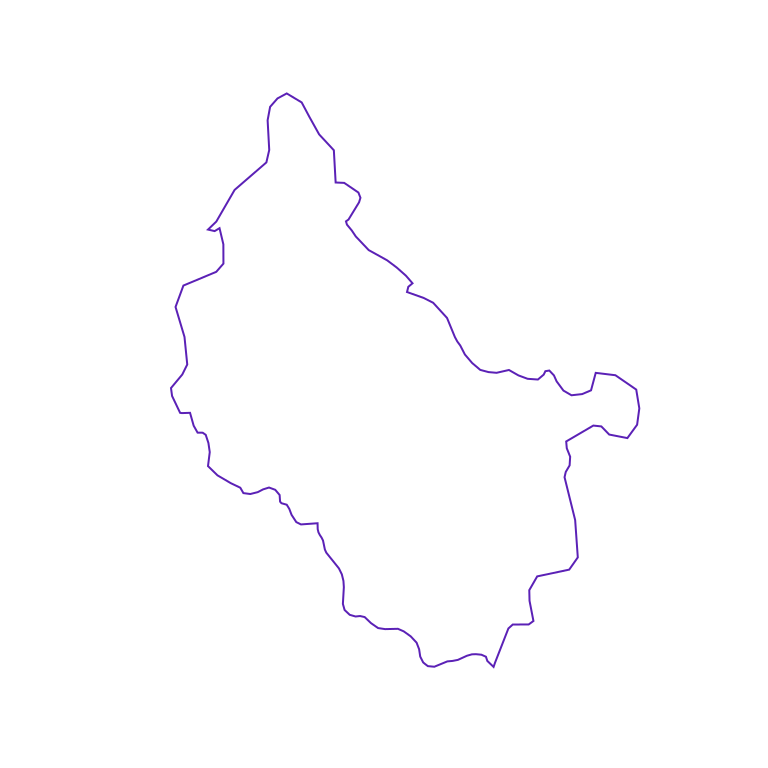 Lubusz, Mercator projection, rotated 319°
{"feature_id": "POL-3143", "entity_name": "Lubusz", "entity_type": "Voivodeship", "adm_level": 1, "iso_a3": "POL", "parent_name": "Poland", "parent_adm1": "", "projection": "mercator", "projection_center": [15.301, 52.253], "detail": "fine", "context": "isolated", "style": "outline", "palette": "violet", "viewbox_px": 768, "rotation_deg": 319, "n_neighbors": 0, "source": "natural_earth", "source_scale": "10m", "svg_char_len": 2097}
<svg xmlns="http://www.w3.org/2000/svg" viewBox="0 0 768 768"><g transform="rotate(319 384 384)"><path d="M281.1,669.4L280.3,660.8L282.0,656.7L279.9,652.2L276.1,648.2L273.0,645.7L268.3,643.5L258.8,640.7L254.1,638.0L249.8,634.9L236.5,630.4L232.0,625.7L231.3,622.2L230.9,619.8L232.5,613.5L236.5,607.2L238.9,600.6L238.6,592.0L236.6,583.6L233.9,577.9L224.0,569.7L219.4,564.3L217.3,555.9L216.5,547.2L213.7,543.4L210.0,540.8L206.7,535.7L206.0,528.7L208.7,523.0L220.4,511.0L224.2,506.0L227.3,500.0L229.0,493.6L229.8,473.4L230.8,470.1L235.3,462.1L236.1,459.0L236.5,455.9L237.2,453.0L238.7,450.1L242.5,445.5L229.2,435.5L227.2,430.7L228.4,422.1L230.6,416.1L231.4,411.3L228.4,406.7L228.4,404.6L232.4,399.3L232.5,392.5L229.3,386.7L223.6,384.2L217.8,382.8L210.9,379.3L206.3,374.1L207.5,368.0L203.3,358.3L198.4,343.7L197.3,330.5L207.8,321.1L212.8,313.3L216.1,305.4L215.2,301.8L211.4,298.4L213.0,290.6L218.7,278.5L212.3,273.3L211.2,272.0L216.2,254.0L220.6,247.3L238.0,244.5L248.3,240.2L264.3,217.6L277.2,189.1L297.2,178.1L331.0,189.3L341.8,187.8L354.4,173.2L362.1,158.5L356.5,157.5L352.5,152.0L364.0,151.4L398.6,139.5L440.6,139.6L450.9,132.1L469.2,108.6L479.9,100.1L491.0,98.6L501.2,100.9L506.6,117.5L502.9,133.6L498.8,153.1L499.5,174.7L479.7,200.2L485.9,206.1L490.3,222.7L488.4,228.0L484.4,230.5L465.1,236.6L462.0,236.3L460.6,239.4L460.4,247.0L459.5,254.1L460.3,272.9L467.5,292.7L470.0,304.4L471.6,316.6L471.6,326.7L466.1,326.6L461.7,329.7L470.4,345.1L474.4,355.0L474.9,375.5L468.3,395.1L467.2,400.0L466.8,405.0L464.4,414.8L464.3,426.0L465.9,436.5L470.7,443.6L476.3,449.4L487.5,455.4L491.1,465.7L495.8,474.3L503.1,481.6L510.7,481.7L514.2,480.2L517.6,482.3L517.9,489.0L516.0,495.3L515.1,506.7L518.1,515.5L526.9,521.6L536.1,524.6L551.1,514.5L564.4,529.2L570.7,553.7L560.7,569.9L548.3,580.8L532.2,584.5L520.8,569.9L520.2,558.6L514.7,552.7L483.8,546.9L479.8,552.4L476.8,561.0L470.7,567.2L463.5,569.6L459.1,572.8L439.0,612.1L416.5,642.0L402.0,645.6L373.4,629.7L358.4,634.9L351.6,643.1L341.3,660.9L335.4,660.4L323.4,650.0L317.5,650.1L284.9,667.2L281.1,669.4Z" fill="none" stroke="#5b21b6" stroke-width="2"/></g></svg>